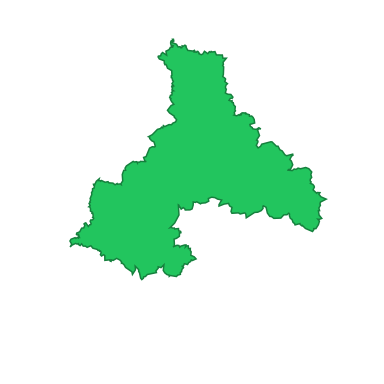 Mascota, Jalisco, Mexico, rotated 312°
{"feature_id": "50627088B69459727871118", "entity_name": "Mascota", "entity_type": "district", "adm_level": 2, "iso_a3": "MEX", "parent_name": "Mexico", "parent_adm1": "Jalisco", "projection": "mercator", "projection_center": [-104.884, 20.553], "detail": "fine", "context": "isolated", "style": "filled", "palette": "green", "viewbox_px": 384, "rotation_deg": 312, "n_neighbors": 0, "source": "geoboundaries", "source_scale": "gbopen_adm2", "svg_char_len": 6054}
<svg xmlns="http://www.w3.org/2000/svg" viewBox="0 0 384 384"><g transform="rotate(312 192 192)"><path d="M282.2,229.0L283.6,225.3L282.5,224.1L282.8,218.0L282.1,217.0L274.2,211.8L271.8,212.4L269.0,211.6L269.7,208.6L273.3,207.5L274.0,206.8L273.7,205.3L279.1,204.4L281.8,199.5L283.6,199.2L284.9,201.0L284.5,198.7L281.6,197.9L280.3,196.1L279.6,194.7L280.2,193.7L279.9,191.3L280.9,189.8L285.2,192.4L287.5,189.7L288.3,187.5L288.4,185.5L286.8,184.0L287.8,182.9L286.5,180.1L286.7,179.2L286.0,179.2L286.3,178.6L284.3,176.2L282.1,176.8L282.3,175.8L280.9,176.0L280.8,175.1L278.5,174.2L277.3,171.8L278.1,172.0L279.5,170.1L281.4,170.0L281.8,168.9L284.5,167.0L284.6,164.8L286.0,162.9L285.4,161.9L286.7,160.6L285.7,160.1L284.9,158.2L287.3,157.9L288.8,159.2L289.9,158.9L290.5,155.6L288.6,153.2L287.9,150.5L291.4,148.7L291.5,147.6L292.6,146.5L294.4,145.7L296.2,145.9L296.0,142.5L298.4,141.4L298.6,140.7L298.4,137.6L300.3,136.7L306.2,131.8L306.6,130.1L307.8,130.0L309.2,128.3L314.4,128.0L312.1,125.4L314.1,122.9L310.2,118.4L311.7,115.1L309.7,113.5L309.3,112.2L308.4,112.4L307.9,111.0L305.4,111.2L304.9,107.1L301.9,107.7L300.3,107.1L299.4,104.6L300.0,104.4L300.4,102.4L300.0,101.7L298.9,101.8L297.6,100.0L298.6,99.9L298.9,99.0L297.4,98.4L294.4,94.1L295.8,90.3L296.5,90.1L296.4,88.5L294.5,88.0L294.0,86.8L292.5,87.9L291.7,87.3L292.0,85.9L290.5,84.6L291.4,81.6L289.8,77.4L290.2,76.8L292.0,77.5L293.1,76.0L292.5,75.4L292.3,76.1L290.0,75.4L288.4,76.4L287.1,78.2L288.1,80.2L287.5,80.3L287.5,79.5L286.7,79.5L286.4,80.4L285.2,79.1L282.4,79.7L279.2,78.4L276.7,81.6L276.0,76.8L274.1,76.7L272.2,77.6L270.5,76.1L269.7,76.4L269.0,78.7L270.9,83.5L269.0,85.5L268.5,86.8L269.3,87.2L269.2,88.0L267.6,91.0L268.6,95.7L265.3,99.0L264.6,98.8L263.1,100.1L263.4,100.9L261.9,102.9L261.9,104.1L259.1,104.6L258.7,106.7L258.3,105.9L257.0,106.3L257.4,107.1L256.5,107.0L256.5,107.7L254.6,108.7L254.8,110.4L254.0,109.6L253.6,110.2L252.2,110.2L252.2,111.1L250.5,112.1L249.5,111.3L247.1,112.3L247.3,113.8L246.4,114.0L245.5,116.5L245.0,119.8L242.2,118.6L236.3,119.1L235.7,122.4L236.5,128.1L235.8,128.6L235.4,132.2L233.1,132.9L230.1,131.6L228.3,131.8L226.7,129.8L222.4,128.0L222.2,126.3L220.1,127.3L219.8,126.0L218.1,126.1L215.4,124.4L208.0,124.1L204.0,122.7L204.4,123.8L203.4,124.8L203.1,127.7L203.8,130.3L201.4,134.1L200.5,134.1L199.1,132.2L196.2,131.1L187.6,134.2L185.3,132.9L183.6,136.1L184.0,137.7L180.2,133.2L179.0,133.1L177.8,131.5L177.0,132.1L177.4,130.5L175.7,129.1L175.4,127.8L167.5,125.8L164.9,126.3L163.7,128.1L162.4,126.8L158.3,128.5L153.9,133.1L150.6,133.6L150.1,134.4L149.9,133.2L147.9,131.4L148.2,130.7L145.9,130.0L145.7,127.3L143.2,124.1L143.5,122.7L141.1,120.9L140.0,117.1L138.9,116.9L139.1,116.3L138.0,115.0L139.6,114.2L136.0,113.7L133.0,114.6L131.8,113.6L131.3,114.4L131.8,115.0L129.4,116.6L127.9,115.9L125.9,117.6L124.5,117.6L123.1,119.2L118.9,120.7L118.2,122.0L116.4,122.6L116.3,123.3L114.7,123.1L113.7,125.4L112.0,125.2L112.5,126.1L111.6,127.9L109.9,129.2L110.2,131.2L109.2,131.9L109.8,132.5L107.9,134.8L106.6,135.2L107.0,135.9L106.5,136.7L104.7,136.8L103.5,135.5L102.2,135.8L101.0,138.1L100.0,138.6L99.2,137.9L97.0,138.0L98.0,133.7L97.0,133.2L96.0,133.1L95.6,134.6L92.9,135.6L91.3,134.2L87.3,135.2L84.3,133.8L83.1,134.6L83.3,135.5L84.5,136.1L83.2,138.3L83.0,137.5L81.8,138.5L81.5,137.2L79.8,136.8L79.9,135.7L76.0,133.7L73.9,134.1L72.7,137.5L69.6,138.2L72.3,138.4L75.9,139.9L76.3,141.2L77.6,142.1L77.0,142.6L77.3,144.7L79.6,144.7L79.0,147.4L80.5,149.1L80.7,151.1L84.4,152.8L83.9,156.0L85.9,159.9L85.7,161.4L86.6,162.0L86.2,163.0L86.9,163.5L86.1,165.1L84.1,165.9L83.9,167.6L86.2,168.3L86.4,169.7L82.9,173.0L86.4,176.1L85.9,177.5L86.3,178.3L87.5,177.3L88.4,179.2L92.2,180.4L93.2,183.8L93.0,186.1L91.9,187.2L92.4,187.4L92.5,190.1L91.5,193.1L92.5,200.7L90.9,202.9L96.4,202.0L98.9,199.4L98.6,204.3L97.1,205.7L97.0,206.8L93.6,211.5L93.3,213.3L95.4,213.6L96.6,212.9L98.1,214.0L100.8,214.0L108.3,219.5L109.2,218.0L112.7,217.9L113.8,216.9L115.1,219.6L119.1,219.8L114.5,223.1L113.7,225.9L113.9,228.7L114.9,230.6L114.1,231.5L115.4,231.7L118.8,237.0L120.6,237.0L123.0,238.5L124.4,237.2L125.7,237.6L127.7,236.3L130.1,236.3L130.3,234.5L131.3,235.1L133.6,234.3L135.1,237.2L137.4,236.8L139.4,237.5L141.1,236.9L141.3,238.1L145.0,239.8L145.3,237.0L144.2,233.4L147.0,231.4L147.4,229.8L149.0,228.5L147.6,227.2L149.5,225.3L148.3,224.0L146.8,223.9L148.6,222.9L147.6,221.9L144.1,219.8L142.8,219.8L143.5,218.1L142.4,216.5L138.4,214.6L139.5,215.0L140.9,214.4L145.0,210.2L147.2,211.5L150.6,212.3L153.3,210.0L154.1,211.0L154.7,210.7L155.1,209.8L154.3,208.1L155.8,206.4L152.9,203.8L153.4,203.0L152.0,201.5L152.0,200.3L150.9,199.6L157.3,199.9L166.2,197.7L173.3,190.5L173.4,191.3L172.0,192.4L172.8,193.2L172.0,195.4L174.5,195.9L174.7,197.9L174.1,199.0L177.4,202.5L179.5,203.4L183.1,201.6L185.4,199.6L186.6,201.6L187.9,202.0L188.9,206.3L190.0,206.5L193.0,209.3L196.4,210.6L198.1,208.5L201.3,210.1L203.2,212.9L203.8,215.7L205.9,219.4L200.7,220.5L199.6,221.5L204.6,224.0L208.0,226.8L206.8,229.3L207.3,232.0L203.6,234.1L202.9,235.9L207.6,240.5L207.9,242.5L211.8,245.2L211.6,246.8L209.1,249.6L218.7,252.2L221.0,254.4L224.5,255.9L227.3,255.8L228.8,254.2L229.5,254.3L230.2,257.3L226.8,262.1L225.9,266.2L226.9,267.4L227.2,270.5L232.1,275.5L236.4,275.5L238.7,277.8L241.0,278.1L240.9,279.2L239.5,280.3L238.2,282.8L238.5,284.7L237.0,287.5L237.2,289.3L236.5,290.6L240.8,293.4L240.2,294.2L240.4,296.4L241.0,296.4L240.8,300.7L243.3,308.0L245.7,307.7L246.3,307.0L247.7,308.6L252.3,307.8L255.6,306.2L256.0,303.7L256.8,304.9L259.2,306.1L259.9,301.9L262.6,298.5L263.5,299.3L265.0,297.0L268.1,296.3L268.7,295.1L270.4,294.2L276.5,296.5L274.7,291.1L275.2,287.9L277.1,287.5L275.5,285.5L274.5,285.4L274.6,280.6L277.6,279.6L278.3,278.3L278.5,276.5L277.6,274.2L279.2,273.8L279.4,272.3L280.8,271.3L282.9,271.2L284.5,268.6L287.0,267.6L287.5,263.2L286.3,260.1L281.9,257.1L280.7,254.8L278.5,254.3L277.4,252.5L275.0,252.2L272.5,248.8L273.2,248.6L274.8,250.0L279.6,248.7L281.5,245.1L281.6,242.9L285.2,242.0L286.9,242.4L287.5,241.5L282.2,238.0L281.8,236.0L282.9,231.6L282.2,229.0Z" fill="#22c55e" stroke="#15803d" stroke-width="1.5"/></g></svg>